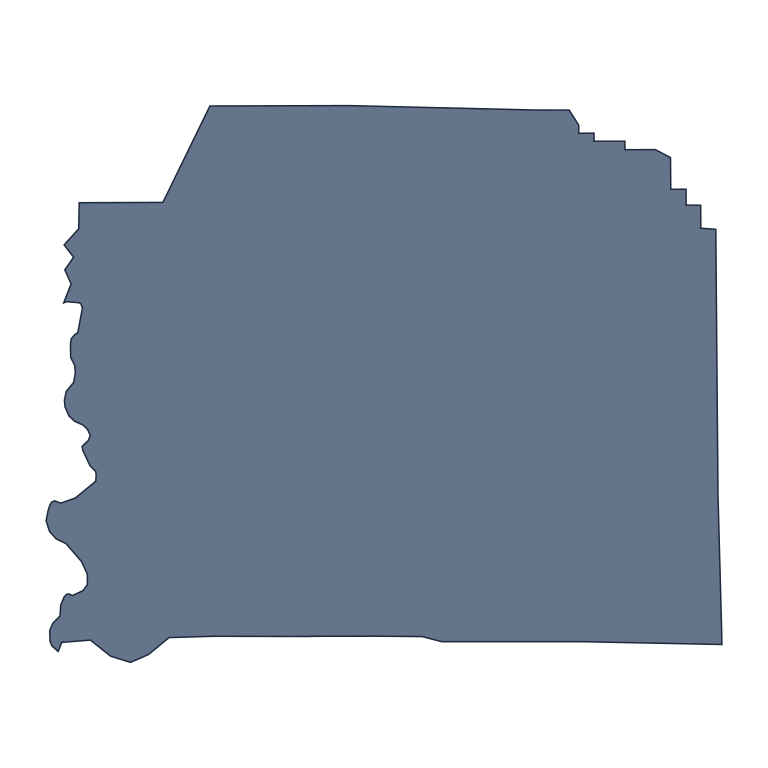 outline of Vernon, Louisiana, United States of America
{"feature_id": "52423323B35564374613878", "entity_name": "Vernon", "entity_type": "district", "adm_level": 2, "iso_a3": "USA", "parent_name": "United States of America", "parent_adm1": "Louisiana", "projection": "natural_earth1", "projection_center": [-93.381, 31.112], "detail": "fine", "context": "isolated", "style": "filled", "palette": "slate", "viewbox_px": 768, "rotation_deg": 0, "n_neighbors": 0, "source": "geoboundaries", "source_scale": "gbopen_adm2", "svg_char_len": 1255}
<svg xmlns="http://www.w3.org/2000/svg" viewBox="0 0 768 768"><path d="M721.6,628.6L718.0,495.1L715.8,229.3L700.8,228.2L700.7,205.2L686.1,205.1L686.1,189.2L670.8,189.3L670.5,157.6L655.3,149.6L625.0,149.7L624.9,141.2L594.1,141.2L594.0,133.1L578.8,133.3L578.8,125.3L569.2,110.1L532.9,110.0L349.1,105.6L209.9,106.0L162.9,202.4L79.2,202.7L78.7,228.8L64.1,244.9L73.6,257.2L64.8,269.9L71.1,283.9L63.7,302.8L66.9,301.7L79.4,302.8L81.0,304.0L82.4,308.1L77.8,332.5L74.7,334.8L71.3,338.7L70.5,343.3L70.5,349.6L70.7,357.6L74.7,365.3L75.3,373.1L73.7,382.3L66.2,391.5L64.4,400.2L65.0,406.9L68.9,415.9L74.8,421.4L83.0,425.0L87.5,429.4L90.3,435.5L88.2,440.6L84.6,443.9L82.1,446.5L82.8,450.4L90.0,465.7L95.7,471.5L96.2,474.8L95.7,481.3L75.3,498.0L60.8,503.1L54.5,500.8L51.4,502.3L49.6,505.7L48.0,511.0L46.1,521.0L49.6,531.6L56.3,539.0L66.0,543.6L81.6,561.7L87.3,574.2L87.4,584.5L83.0,590.6L72.6,595.5L70.3,594.6L68.6,593.9L66.5,594.4L64.1,597.0L60.7,605.2L60.0,616.0L52.9,623.1L49.7,630.5L50.0,641.3L51.9,645.9L58.0,651.3L58.0,652.0L61.7,642.4L90.4,640.1L110.6,656.2L130.4,662.4L148.4,654.6L169.1,637.6L213.2,636.3L309.5,636.5L313.2,636.3L377.4,636.2L422.2,636.6L441.8,641.7L582.0,641.7L721.9,644.5L721.6,628.6Z" fill="#64748b" stroke="#1e293b" stroke-width="1.5"/></svg>